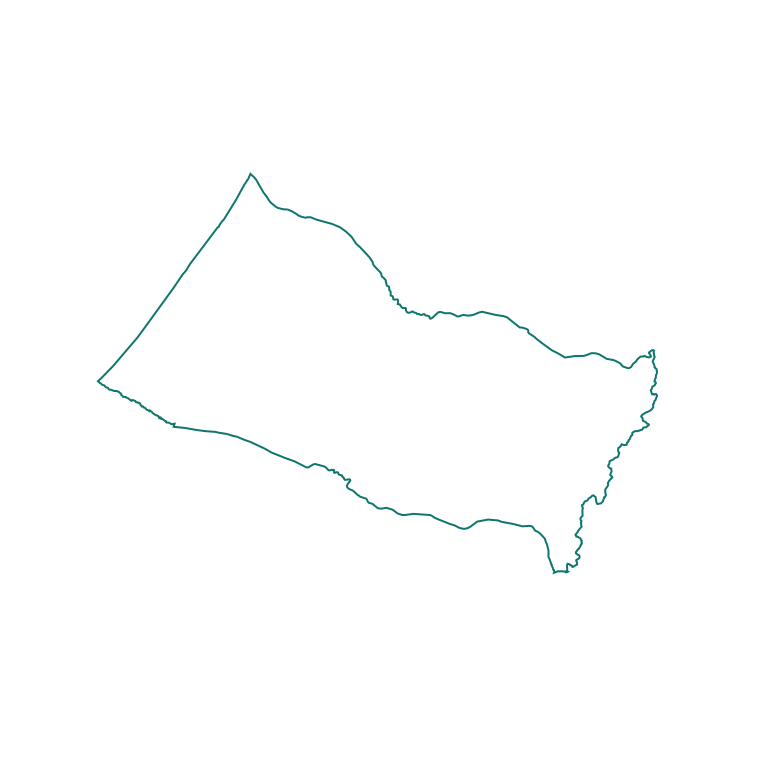 outline of Ashburton District, Canterbury, New Zealand, rotated 156°
{"feature_id": "76426892B67490392619743", "entity_name": "Ashburton District", "entity_type": "district", "adm_level": 2, "iso_a3": "NZL", "parent_name": "New Zealand", "parent_adm1": "Canterbury", "projection": "orthographic", "projection_center": [171.372, -43.643], "detail": "fine", "context": "isolated", "style": "outline", "palette": "teal", "viewbox_px": 768, "rotation_deg": 156, "n_neighbors": 0, "source": "geoboundaries", "source_scale": "gbopen_adm2", "svg_char_len": 6166}
<svg xmlns="http://www.w3.org/2000/svg" viewBox="0 0 768 768"><g transform="rotate(156 384 384)"><path d="M129.6,290.0L129.3,292.5L129.5,294.5L129.3,295.4L125.7,298.6L125.7,300.3L125.1,301.4L125.1,302.2L124.2,304.3L123.8,304.7L124.3,305.4L125.2,305.9L129.1,305.0L129.3,304.2L128.7,300.9L129.3,300.4L131.5,300.7L133.0,301.8L134.6,303.7L135.8,303.6L138.5,304.7L142.7,303.4L144.5,302.1L148.2,301.1L151.5,299.0L153.5,298.8L154.6,299.1L158.8,303.0L159.8,306.7L163.1,311.0L164.9,312.7L170.3,316.4L175.3,323.5L178.2,326.0L181.9,327.8L188.1,328.1L190.3,328.5L198.3,331.9L207.9,334.6L212.5,341.1L216.9,346.5L223.2,357.3L227.0,364.5L227.2,365.5L231.0,371.5L231.2,372.3L230.4,374.6L230.7,375.4L232.5,377.4L235.4,379.7L237.1,380.5L244.4,394.7L247.0,397.3L254.1,401.8L265.0,410.1L268.2,410.7L273.8,410.8L277.2,411.5L279.5,412.3L283.5,414.9L287.9,415.3L289.4,415.8L292.7,419.9L294.7,421.8L299.3,423.7L303.1,426.9L305.4,427.4L312.9,424.8L315.0,424.7L315.4,425.4L315.1,427.2L315.9,428.2L318.4,430.0L318.6,431.2L319.1,431.7L321.7,431.8L322.9,432.6L323.4,433.5L325.2,434.5L325.8,435.9L327.4,437.0L328.2,438.6L332.0,438.8L333.3,439.6L333.8,440.4L334.0,442.0L334.0,442.6L333.3,443.9L333.4,444.7L335.9,445.7L336.8,447.2L337.2,450.2L338.9,451.4L337.3,454.2L337.1,454.9L337.5,455.9L340.6,457.0L341.0,457.5L340.4,460.3L340.7,461.0L341.9,462.1L340.4,465.7L340.9,468.2L340.4,469.1L339.9,470.8L341.3,472.5L341.2,474.4L340.8,475.2L340.8,476.6L340.2,478.0L341.1,480.9L342.3,483.0L341.7,485.9L341.8,487.1L345.1,496.3L345.2,498.2L344.8,500.6L345.7,505.5L350.1,518.4L352.4,523.4L353.8,531.7L356.8,538.8L360.5,545.1L366.5,551.5L378.7,561.5L383.1,566.1L385.9,567.4L388.2,567.9L391.2,570.2L393.8,572.9L394.8,574.9L397.6,578.9L400.8,582.4L405.1,584.7L409.1,587.8L410.7,589.8L413.5,595.3L414.3,598.0L414.9,602.6L416.2,607.7L417.7,622.6L418.5,625.5L420.6,630.3L424.8,626.3L426.4,625.8L426.8,625.2L430.7,622.8L443.6,612.9L463.8,599.1L464.9,598.9L468.8,596.7L471.2,594.7L472.0,594.8L473.6,594.0L512.6,572.4L518.4,568.3L523.5,565.9L536.8,557.6L583.0,530.9L590.4,526.7L623.7,510.8L638.9,504.7L644.2,502.9L643.2,500.6L642.2,499.4L642.1,498.2L640.0,496.4L639.7,494.9L639.1,493.8L637.7,492.6L637.5,491.0L637.1,490.4L635.6,489.7L633.3,487.3L631.0,486.3L630.5,485.6L629.5,484.9L629.3,483.8L628.8,483.3L628.2,481.8L628.5,480.8L628.0,480.2L627.6,478.4L625.3,477.2L625.0,476.5L623.5,474.9L622.1,472.2L621.4,471.3L620.6,471.8L619.5,471.1L618.1,469.5L617.9,468.2L616.4,467.3L615.9,466.3L615.2,466.2L614.7,464.9L615.0,463.8L614.4,463.0L614.5,462.0L613.3,461.4L612.8,459.9L611.9,459.3L611.5,457.4L610.1,455.8L609.5,454.7L608.8,455.2L608.6,455.0L607.5,453.0L607.3,451.9L605.7,449.1L603.3,446.6L603.2,445.1L602.9,445.3L601.6,444.1L602.3,443.4L600.0,441.4L599.5,439.9L598.5,438.7L598.3,438.5L598.7,438.1L598.2,437.2L596.3,436.2L594.4,433.6L591.5,432.9L593.6,430.5L583.4,424.6L574.2,418.4L566.6,413.7L557.3,408.7L554.9,406.8L547.9,402.3L543.2,398.1L539.8,395.7L534.6,390.1L529.7,385.5L519.2,373.4L514.6,367.1L504.5,356.7L497.1,349.6L488.9,339.5L487.0,338.6L481.3,339.3L479.4,338.9L472.4,333.2L471.1,331.6L469.7,327.7L468.5,327.1L466.8,327.0L465.7,326.1L464.8,325.9L464.7,325.2L465.7,323.5L465.0,322.8L463.1,322.7L462.0,321.9L462.1,319.7L459.6,317.5L459.5,317.1L459.8,316.2L458.9,314.7L459.1,313.4L458.8,312.5L458.2,312.1L454.4,311.0L453.9,310.5L453.9,309.8L454.5,309.1L457.8,307.4L459.1,306.3L459.6,305.3L459.3,303.7L458.2,301.8L456.6,300.3L455.4,298.6L453.4,293.8L451.4,290.5L447.2,286.8L446.6,285.5L446.6,282.8L446.1,281.6L443.2,279.1L440.2,273.0L437.4,271.3L432.3,270.0L427.8,266.2L426.7,264.7L424.2,260.2L420.7,257.0L418.5,255.9L409.9,253.4L395.1,245.5L394.1,244.4L392.2,241.3L389.6,238.4L380.8,229.4L377.1,226.2L373.8,222.1L370.8,219.7L368.9,218.8L366.0,218.3L363.1,218.5L354.8,220.4L344.0,217.8L335.2,212.9L332.8,210.4L323.2,203.8L315.3,197.6L308.7,195.2L306.9,193.9L306.2,192.5L305.6,188.6L303.7,186.5L302.3,184.1L299.9,177.2L300.2,175.7L300.4,171.0L301.5,164.8L304.1,159.1L304.0,156.3L304.5,151.2L304.3,150.7L304.6,150.0L304.6,147.3L304.9,145.8L304.4,144.8L304.7,144.4L304.6,143.2L305.4,142.4L300.8,142.1L299.9,141.3L298.1,140.9L295.9,139.4L295.0,139.3L294.6,138.7L294.6,138.2L293.7,137.7L292.1,137.7L292.7,138.7L292.7,139.4L291.5,141.0L291.4,142.0L290.3,144.3L289.4,145.1L287.7,143.7L287.6,142.7L286.6,142.2L286.3,141.6L286.4,140.6L286.0,140.0L281.0,140.6L280.3,142.7L280.3,144.3L279.9,145.0L277.0,145.3L276.1,145.8L275.6,146.6L275.4,148.0L276.5,149.3L277.5,151.2L277.0,152.4L274.0,154.1L273.4,154.0L269.8,156.6L269.5,157.3L268.5,157.6L268.0,158.1L268.0,158.9L267.6,159.2L267.6,159.9L267.1,160.4L267.4,161.1L267.3,162.9L269.4,166.0L270.3,166.3L270.4,168.4L267.5,169.9L266.4,170.9L261.5,173.3L261.0,175.7L260.4,176.6L260.5,177.4L259.3,178.5L259.7,180.1L259.4,181.0L258.2,182.1L256.3,182.7L253.9,188.4L252.7,189.9L252.8,191.7L252.3,192.8L250.9,192.9L249.7,194.2L248.3,195.0L245.6,194.8L243.4,196.2L241.2,196.5L239.8,197.1L238.1,197.2L236.7,194.6L237.9,190.2L238.1,188.4L237.9,187.6L234.3,186.7L231.5,187.9L230.9,189.0L229.3,190.1L229.1,190.9L228.2,190.9L226.4,192.2L226.1,194.7L225.6,195.3L225.4,196.7L224.4,197.9L221.1,199.8L220.1,200.9L220.0,201.9L219.6,202.6L218.0,203.8L214.3,205.6L213.4,205.7L213.4,206.6L214.3,208.7L213.9,209.5L211.7,211.6L210.8,214.3L212.1,215.4L212.7,217.7L211.7,218.9L210.6,219.5L209.3,221.7L205.4,221.8L203.2,222.5L201.8,222.5L201.1,222.1L199.7,222.5L197.0,225.5L197.5,226.8L197.4,227.6L196.1,230.1L193.5,230.7L191.4,232.2L189.3,230.4L187.2,229.8L185.7,231.6L183.8,232.2L183.5,233.2L182.1,233.6L179.4,236.1L178.0,236.3L177.1,238.3L176.4,238.6L173.8,238.8L171.2,237.7L170.2,237.9L169.7,237.5L168.0,237.6L167.1,237.3L165.8,237.8L164.9,238.7L162.3,237.9L158.6,238.9L158.7,239.8L160.0,241.1L160.2,242.4L162.4,245.2L161.7,247.8L162.2,249.9L161.0,250.7L156.7,251.4L152.4,251.3L149.5,252.0L147.4,253.4L146.6,255.9L145.4,256.5L143.9,258.4L142.8,258.7L139.6,261.9L139.3,262.4L139.4,264.0L140.2,264.5L141.5,264.4L141.9,265.2L143.2,265.5L142.9,269.7L141.3,270.6L140.1,272.2L139.0,272.6L137.5,272.6L135.2,274.3L135.2,275.2L135.9,276.3L134.4,278.2L133.5,278.8L131.7,281.7L130.7,282.4L129.6,283.9L129.5,285.3L128.9,286.6L130.1,289.2L129.6,290.0Z" fill="none" stroke="#0f766e" stroke-width="2"/></g></svg>